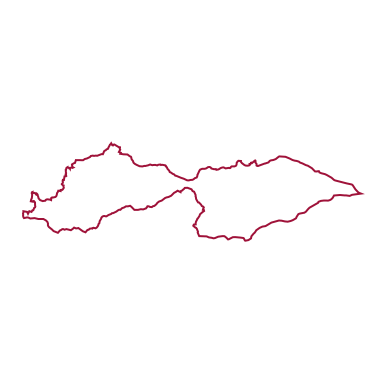 the district of Chiheru De Jos, Mures, Romania
{"feature_id": "2599482B61641912975673", "entity_name": "Chiheru De Jos", "entity_type": "district", "adm_level": 2, "iso_a3": "ROU", "parent_name": "Romania", "parent_adm1": "Mures", "projection": "mercator", "projection_center": [24.944, 46.698], "detail": "fine", "context": "isolated", "style": "outline", "palette": "rose", "viewbox_px": 384, "rotation_deg": 0, "n_neighbors": 0, "source": "geoboundaries", "source_scale": "gbopen_adm2", "svg_char_len": 5915}
<svg xmlns="http://www.w3.org/2000/svg" viewBox="0 0 384 384"><path d="M57.9,232.8L59.9,230.5L60.9,230.1L62.4,229.1L63.3,229.1L64.5,229.7L66.4,229.1L70.9,230.2L72.7,228.9L74.1,227.6L76.0,228.4L77.2,228.3L78.3,228.0L82.9,231.3L85.5,232.3L87.3,230.1L87.9,229.8L88.6,229.8L89.7,228.7L91.8,228.4L92.4,228.6L92.5,228.5L92.3,228.2L93.4,227.8L95.6,228.3L96.8,227.5L98.1,225.7L98.6,223.9L99.3,223.3L99.7,221.1L101.2,218.6L101.4,217.6L102.4,216.6L103.4,216.1L104.5,216.0L106.0,216.4L106.5,216.3L108.5,215.0L111.1,214.0L112.0,213.2L113.2,213.1L116.3,211.6L118.2,210.2L119.3,209.7L120.4,209.8L122.0,208.2L124.3,207.4L125.8,206.4L126.4,206.3L128.1,206.3L130.1,205.8L131.4,206.8L134.4,209.9L137.9,209.9L140.8,209.2L143.2,209.4L146.2,208.3L146.5,207.6L147.0,207.2L147.4,206.3L148.0,206.2L149.2,206.5L149.9,206.9L151.8,207.1L153.0,206.2L154.4,205.9L156.3,204.3L157.4,202.8L159.1,201.5L161.7,200.6L165.1,198.0L166.6,197.4L168.5,197.0L171.2,195.7L174.1,192.8L175.7,192.0L177.6,190.7L180.6,192.2L180.8,191.1L182.4,190.4L182.8,189.8L183.8,189.1L184.8,187.9L187.5,187.8L191.5,189.3L192.6,191.1L194.1,191.7L195.6,195.0L195.6,196.6L195.9,197.1L196.1,198.9L197.1,200.8L198.1,202.4L199.0,202.5L201.1,204.7L201.8,206.0L203.3,206.7L203.8,207.5L203.3,208.4L203.4,209.1L203.0,209.4L202.9,209.8L203.8,209.9L204.1,211.0L202.5,212.1L200.0,214.3L199.5,215.9L197.7,218.6L197.4,218.7L196.8,220.2L196.0,221.6L195.6,223.5L195.7,224.4L193.8,224.6L193.3,225.8L195.1,227.4L196.2,227.9L196.3,228.2L196.8,228.7L198.0,231.8L197.7,232.6L199.2,236.1L206.7,236.4L208.9,237.4L211.7,237.8L213.4,238.3L214.9,238.1L218.2,236.7L222.6,236.1L224.5,236.2L226.5,237.8L228.0,239.4L228.7,239.3L232.8,237.2L235.1,237.1L240.5,237.6L243.3,238.0L243.8,238.3L244.9,240.5L245.4,240.7L248.4,240.1L251.0,238.4L251.4,236.3L253.7,233.5L254.5,232.9L255.6,231.4L256.2,230.3L259.6,227.9L262.4,226.6L265.5,226.1L271.4,222.6L279.0,220.5L281.6,220.7L284.8,221.4L287.7,221.7L290.6,221.0L292.7,220.2L296.0,218.3L296.7,216.7L298.4,214.1L299.7,213.6L304.4,212.7L305.9,211.7L308.0,209.2L309.5,207.7L318.1,202.8L318.5,201.8L320.9,200.9L324.1,200.5L328.2,200.6L330.1,200.0L331.4,199.2L332.8,197.7L334.0,195.5L340.0,195.0L344.5,195.4L346.1,195.4L349.7,195.9L352.1,194.8L361.0,193.6L359.0,192.8L358.0,192.1L355.4,189.3L352.7,185.2L351.8,184.5L346.7,183.4L335.0,180.4L334.0,179.9L331.5,177.7L326.6,174.9L324.8,174.1L321.2,173.2L319.4,172.4L318.9,171.2L318.1,171.2L316.7,171.5L315.0,171.4L311.9,168.2L307.8,165.7L305.8,165.1L302.4,163.4L300.1,162.6L298.8,161.6L296.5,160.9L294.9,160.7L292.5,160.0L289.6,158.5L285.5,156.8L279.3,156.4L278.6,156.8L275.7,159.1L273.3,160.0L270.9,160.4L269.7,160.9L268.5,162.4L265.2,163.5L264.8,163.5L258.0,166.0L257.1,165.9L256.5,165.5L256.6,164.1L255.3,162.3L255.6,161.1L255.3,160.5L254.8,160.6L252.1,163.0L251.5,162.6L250.9,162.8L250.8,163.5L250.5,164.0L249.6,164.0L249.7,165.0L249.4,165.3L247.8,165.7L245.8,165.6L244.5,165.1L241.9,163.1L240.8,161.7L240.9,161.0L238.4,160.8L237.6,161.5L236.7,162.8L236.6,164.2L236.4,165.0L235.9,165.8L234.5,166.4L231.7,166.4L231.2,166.7L230.5,167.5L230.4,167.9L229.9,168.1L228.6,167.9L225.6,168.4L223.6,167.4L222.3,167.5L220.6,168.1L219.1,169.1L218.2,169.5L216.3,169.8L215.9,169.1L214.0,169.2L211.4,168.5L210.8,167.6L209.7,167.0L208.1,167.1L206.2,168.4L204.7,168.8L202.2,168.8L200.2,169.6L199.5,170.5L197.7,174.4L197.4,174.9L197.4,175.8L196.7,177.5L194.8,178.2L193.9,179.0L192.6,179.8L190.2,180.0L188.8,180.4L187.1,180.3L183.7,178.7L181.0,177.8L176.2,175.8L175.3,175.7L174.1,174.4L172.6,173.8L171.2,172.7L169.8,172.1L169.6,171.8L169.6,171.5L169.1,170.6L167.4,168.7L166.9,167.3L165.8,166.4L165.8,165.7L165.2,165.3L162.2,164.8L160.9,165.0L160.6,164.6L160.3,164.5L158.2,164.8L157.2,165.4L155.2,164.9L153.4,165.0L152.3,165.2L150.1,164.5L148.2,165.3L145.2,166.0L144.3,165.9L142.6,166.4L141.8,166.4L139.5,166.2L136.5,164.8L134.9,163.9L133.7,162.9L133.3,162.2L133.1,161.2L131.8,159.5L131.5,158.9L131.2,157.2L130.9,156.7L129.7,156.2L127.5,154.5L123.4,154.3L120.3,153.8L120.8,152.8L118.9,152.0L120.2,149.7L119.7,148.7L120.0,147.7L120.0,147.3L118.7,147.1L114.4,144.5L113.3,144.7L113.0,145.4L112.4,145.3L112.1,145.0L111.2,143.3L110.6,144.2L109.9,144.7L109.8,145.1L108.3,147.8L108.1,148.7L106.5,149.4L105.7,150.3L104.5,150.8L103.9,151.6L103.6,152.8L103.1,153.4L102.9,154.2L101.6,154.1L97.1,155.8L96.0,155.6L93.9,155.9L92.9,155.6L90.8,156.0L90.0,157.0L86.9,158.5L84.8,159.0L83.1,160.2L75.9,160.1L75.0,162.9L74.0,163.2L72.0,164.4L71.9,164.8L72.3,166.1L72.2,166.7L72.4,167.0L73.3,167.5L72.4,167.9L71.8,167.6L71.1,167.6L70.1,168.1L70.0,168.8L69.7,168.3L69.2,168.3L69.0,167.8L67.9,167.7L67.5,167.4L67.5,167.2L66.8,167.6L66.4,168.0L66.0,169.7L65.7,170.0L65.9,170.4L65.8,172.0L66.1,172.9L66.0,174.6L65.8,174.6L66.1,175.5L65.7,175.5L65.8,176.2L64.5,176.4L63.9,180.0L62.9,179.9L62.8,180.8L62.6,181.0L62.9,182.1L62.8,182.8L62.7,183.1L61.8,184.0L61.8,184.3L63.0,185.3L63.6,185.5L63.4,186.1L63.8,187.8L63.5,188.3L62.7,189.5L62.2,189.9L61.8,189.8L60.6,190.0L60.6,191.1L58.3,190.7L57.7,192.2L57.0,193.2L56.8,194.7L56.2,196.3L55.3,197.0L52.7,197.6L52.2,197.4L51.3,197.9L51.1,198.5L51.2,198.9L51.1,200.1L49.9,199.6L47.1,199.3L45.9,199.8L45.3,200.7L42.7,201.1L40.1,200.1L38.6,198.4L38.2,196.7L37.7,195.5L37.6,194.6L37.0,193.8L36.4,193.3L36.2,193.4L36.3,193.9L36.8,194.1L37.0,194.7L36.9,194.8L36.4,194.8L34.8,192.9L32.8,193.0L32.4,192.6L32.5,192.0L32.0,192.2L31.7,193.1L32.2,194.6L32.0,196.8L31.8,198.2L31.2,199.5L30.8,201.3L31.8,201.5L33.3,201.0L33.5,201.2L33.5,201.6L34.1,201.4L34.2,201.8L35.0,202.3L35.1,205.7L35.3,206.2L35.3,206.6L35.0,207.4L34.2,207.9L33.3,210.2L32.9,210.4L32.7,210.2L32.3,210.4L31.5,211.9L29.3,211.2L28.0,213.8L27.1,211.9L23.4,211.2L23.4,212.4L23.0,213.4L23.2,214.3L23.1,215.0L23.1,215.9L23.4,217.1L23.7,217.7L24.0,218.1L27.1,217.4L28.4,217.6L30.3,218.5L34.6,218.1L38.3,219.0L43.4,219.0L45.9,220.4L47.4,221.9L48.0,223.6L47.9,225.1L48.3,226.2L49.0,227.1L51.9,229.4L53.6,231.1L57.9,232.8Z" fill="none" stroke="#9f1239" stroke-width="2"/></svg>